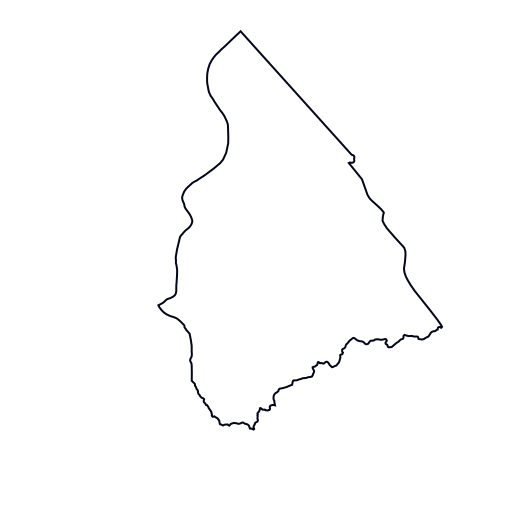 outline of Indragiri Hulu, Riau, Indonesia, rotated 318°
{"feature_id": "22746128B72920479258091", "entity_name": "Indragiri Hulu", "entity_type": "district", "adm_level": 2, "iso_a3": "IDN", "parent_name": "Indonesia", "parent_adm1": "Riau", "projection": "mercator", "projection_center": [102.04, -0.493], "detail": "fine", "context": "isolated", "style": "outline", "palette": "ink", "viewbox_px": 512, "rotation_deg": 318, "n_neighbors": 0, "source": "geoboundaries", "source_scale": "gbopen_adm2", "svg_char_len": 6127}
<svg xmlns="http://www.w3.org/2000/svg" viewBox="0 0 512 512"><g transform="rotate(318 256 256)"><path d="M394.9,78.7L382.2,79.0L374.6,79.3L368.1,79.3L365.5,79.5L360.9,79.6L358.2,80.0L354.5,80.8L350.0,82.4L345.7,84.9L341.9,87.8L339.3,90.4L336.5,93.5L335.1,95.4L331.6,101.1L330.6,103.1L329.5,106.4L329.1,110.1L328.3,114.1L326.9,123.6L326.7,127.1L326.2,130.5L324.5,136.3L323.3,139.0L321.8,141.1L318.2,145.3L314.7,149.4L310.7,153.7L303.0,159.3L296.1,162.3L291.5,163.0L282.9,162.7L271.4,161.6L265.2,160.6L262.7,160.3L259.4,159.4L257.2,159.1L251.4,159.2L249.1,159.3L246.8,159.8L245.7,160.1L243.8,161.0L241.9,161.9L240.1,163.2L238.8,165.2L237.7,168.4L237.1,169.8L236.1,171.3L235.5,172.9L235.4,173.7L235.2,174.5L235.1,176.1L234.8,179.4L234.5,181.1L234.0,183.1L233.2,185.2L232.5,186.8L231.3,188.1L229.3,189.2L226.9,189.9L224.8,190.1L221.7,189.9L219.7,189.9L217.1,190.2L215.7,190.5L214.9,190.5L213.9,190.6L212.6,190.9L211.2,191.7L209.3,193.1L201.7,198.3L196.4,202.5L194.8,204.0L193.7,205.6L191.7,207.7L190.8,209.5L189.7,211.2L187.9,213.8L184.6,217.3L178.6,223.2L177.6,224.0L173.3,228.7L171.7,229.9L170.7,230.5L169.6,230.8L168.6,230.9L167.9,230.8L166.5,230.6L164.3,230.0L161.5,228.8L160.8,228.6L159.8,228.5L156.2,228.6L154.7,228.4L150.5,227.3L149.9,229.3L149.6,232.5L149.7,235.9L150.4,239.2L151.8,242.7L154.2,246.8L155.1,248.7L155.6,250.4L156.1,254.3L156.3,259.4L156.1,260.0L155.3,261.0L155.1,261.4L155.0,263.2L154.7,264.2L154.7,268.5L154.6,269.5L151.0,275.4L148.1,279.7L143.8,284.5L143.0,285.6L142.0,286.7L141.2,287.4L140.1,288.0L139.0,288.3L137.4,289.2L136.6,290.7L136.2,292.6L134.8,294.5L130.3,299.7L124.8,305.7L124.8,307.3L125.0,310.0L124.5,310.9L123.9,311.5L123.8,312.8L123.5,313.6L123.3,314.1L122.9,314.9L122.9,316.6L122.2,317.9L121.9,318.1L121.2,319.4L121.0,320.0L121.0,322.1L120.8,322.3L120.7,323.2L120.7,324.2L120.9,325.2L121.3,326.0L121.7,326.9L121.7,327.6L121.6,327.8L120.7,328.3L120.2,328.7L119.6,329.5L119.5,330.5L119.6,331.1L119.6,331.9L119.3,332.6L119.2,333.5L119.3,333.7L119.9,334.2L119.6,335.7L119.6,336.3L119.1,337.2L118.9,339.4L118.7,340.4L118.7,341.2L118.4,341.7L118.4,342.2L117.6,343.3L117.3,344.1L117.0,344.6L116.3,345.1L116.2,345.9L116.2,346.4L116.5,346.8L117.5,347.1L117.8,347.3L117.9,347.9L117.9,348.3L118.6,350.1L118.7,350.9L118.8,351.4L118.6,351.8L118.7,352.6L118.4,354.0L117.3,355.6L116.8,356.6L116.7,357.1L117.6,358.3L117.7,358.7L117.7,359.0L117.9,359.7L118.1,359.9L119.6,360.2L122.0,362.0L122.2,362.3L122.3,362.6L122.2,362.9L122.6,364.2L123.4,364.2L124.7,363.9L126.8,364.7L128.1,365.4L128.8,366.3L129.1,366.8L129.8,367.4L130.1,368.3L131.0,369.3L132.0,369.8L132.6,370.0L133.2,370.3L134.1,370.5L134.8,370.9L135.1,371.5L135.4,373.0L136.2,374.1L136.8,375.1L137.1,375.9L137.1,376.4L137.2,376.8L137.2,377.3L136.9,378.0L136.4,379.4L136.1,379.9L136.0,380.2L137.1,381.2L137.5,381.9L138.0,383.3L138.8,383.4L139.2,382.8L139.4,381.8L140.2,381.1L140.7,380.8L141.8,380.4L142.3,380.4L142.7,380.1L143.2,379.6L143.9,379.5L145.3,379.7L146.2,380.0L147.3,379.6L147.6,379.2L148.2,377.9L149.8,376.4L150.3,375.5L150.9,375.3L151.2,375.1L151.3,374.5L151.5,374.2L151.8,374.1L152.1,373.8L153.3,373.7L154.3,373.5L155.1,373.2L156.2,372.6L157.1,371.8L157.5,371.9L157.7,372.2L157.8,372.9L158.0,373.5L158.0,374.2L158.2,374.8L158.8,375.3L159.3,375.6L159.3,375.8L159.6,376.0L159.7,376.4L159.9,376.5L159.9,376.9L160.3,377.5L161.4,378.7L162.2,378.8L162.7,379.2L163.4,379.4L164.3,378.8L165.1,377.5L165.9,377.0L166.6,376.9L167.7,377.3L168.7,377.9L169.3,378.4L170.2,379.7L171.8,377.0L172.7,375.9L173.0,374.7L173.6,373.7L174.5,372.7L175.7,371.7L177.5,371.0L178.6,371.0L179.4,371.0L180.6,371.4L182.3,371.3L182.9,370.8L183.6,370.5L184.7,370.4L188.0,372.4L188.5,372.6L191.4,374.0L194.0,374.8L196.6,375.9L199.5,373.8L200.1,373.5L200.8,373.7L202.5,375.2L203.3,375.7L205.3,376.5L207.2,377.5L208.4,377.9L209.4,378.4L211.0,379.7L211.7,380.2L213.7,381.0L215.9,382.6L217.1,383.0L217.6,382.7L218.6,382.5L219.7,381.7L220.6,381.5L221.9,380.7L222.3,380.1L222.6,379.1L223.0,377.5L223.6,376.6L224.6,376.8L225.6,377.5L226.2,377.7L227.1,377.6L228.4,377.9L229.3,377.4L230.6,376.5L231.3,376.4L231.7,377.2L231.6,377.9L231.8,378.5L232.9,379.2L233.6,380.2L233.9,380.9L234.9,381.4L236.3,381.3L237.0,381.4L238.0,382.1L238.2,382.9L238.3,383.7L238.1,385.2L237.8,386.2L238.0,388.2L238.0,389.4L238.8,389.9L241.1,390.6L242.1,391.0L242.7,391.2L244.4,390.8L245.9,390.7L246.6,390.5L247.4,390.1L249.0,389.0L250.5,388.2L251.7,386.6L252.2,386.0L253.3,386.1L254.4,386.7L255.9,386.0L255.8,385.6L256.4,384.3L257.1,383.4L257.7,383.2L258.4,383.2L259.0,383.4L260.3,383.7L261.5,383.4L263.1,382.4L263.9,382.1L265.6,382.1L268.4,381.6L269.4,381.6L272.6,381.8L273.3,381.9L273.8,382.2L274.2,382.9L274.6,385.5L274.9,386.6L276.1,388.7L277.4,390.1L278.0,391.0L278.3,392.1L278.4,394.1L278.5,394.8L279.1,395.6L280.1,396.2L281.3,396.1L283.6,395.6L284.3,395.7L285.0,396.0L286.2,397.2L287.6,397.7L288.4,397.7L289.7,398.5L290.8,399.4L292.9,402.0L293.8,402.7L295.8,403.7L296.8,404.5L296.9,405.1L296.6,406.4L295.9,406.7L295.3,406.7L294.6,406.9L293.9,407.5L293.6,408.1L294.1,409.7L293.3,411.8L293.5,412.6L295.7,414.3L296.3,414.5L298.0,414.5L302.5,414.6L304.1,415.0L306.8,414.9L307.9,415.0L309.5,415.7L310.1,415.8L311.0,415.3L311.4,414.8L312.4,414.0L313.5,414.0L315.7,417.5L318.3,419.7L318.8,420.3L319.3,421.3L320.0,422.0L321.7,423.5L322.2,424.3L322.1,424.9L321.6,425.7L321.3,426.5L323.6,429.2L325.2,430.1L325.8,430.1L328.3,430.6L329.7,431.1L330.4,431.2L334.3,430.1L335.6,430.0L336.9,430.4L337.9,430.9L338.8,431.7L340.8,431.8L341.8,432.2L342.7,431.3L343.4,431.0L344.7,431.3L345.2,431.8L345.5,433.2L346.1,433.3L346.9,433.1L347.4,430.9L348.2,424.3L349.1,412.5L350.6,387.8L351.5,380.9L352.3,376.8L353.1,373.5L353.7,371.4L355.3,367.6L357.5,364.4L362.9,359.9L367.9,355.2L370.3,352.2L371.7,348.9L371.6,334.7L371.7,330.5L371.7,327.1L371.9,322.3L372.7,317.6L373.7,314.4L377.0,311.3L380.1,309.2L380.3,304.6L379.8,298.9L379.2,293.7L379.0,289.3L379.8,285.1L386.1,269.9L387.2,249.0L388.2,249.3L388.7,249.7L389.1,250.3L389.7,251.0L390.5,251.4L391.4,251.6L392.0,251.5L392.6,251.1L393.6,249.8L395.1,248.4L395.6,247.8L395.8,247.0L395.7,246.3L394.8,244.7L394.9,78.7Z" fill="none" stroke="#020617" stroke-width="2"/></g></svg>